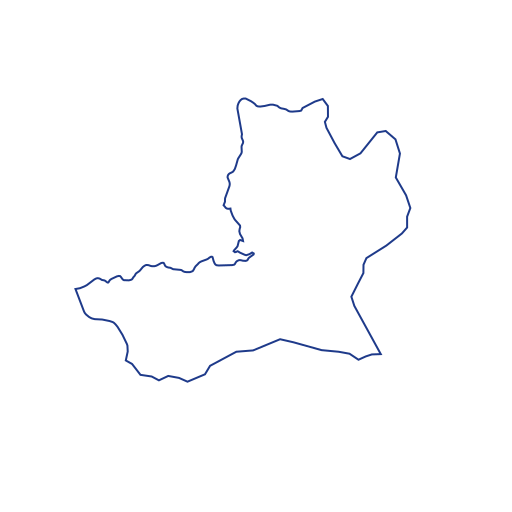 the Prefecture of Kouroussa, rotated 62°
{"feature_id": "GIN-5647", "entity_name": "Kouroussa", "entity_type": "Prefecture", "adm_level": 1, "iso_a3": "GIN", "parent_name": "Guinea", "parent_adm1": "", "projection": "orthographic", "projection_center": [-10.311, 10.531], "detail": "fine", "context": "isolated", "style": "outline", "palette": "blue", "viewbox_px": 512, "rotation_deg": 62, "n_neighbors": 0, "source": "natural_earth", "source_scale": "10m", "svg_char_len": 3386}
<svg xmlns="http://www.w3.org/2000/svg" viewBox="0 0 512 512"><g transform="rotate(62 256 256)"><path d="M287.1,420.0L280.1,414.1L274.8,411.6L273.1,411.3L262.9,410.9L253.6,411.5L250.5,412.1L248.3,412.8L247.6,413.2L247.0,413.6L244.7,415.8L239.9,421.6L236.0,428.1L234.1,430.2L232.9,431.1L231.3,432.1L227.9,433.5L226.0,433.9L224.3,433.9L200.4,430.9L201.8,426.5L202.3,421.7L202.3,419.0L200.8,409.7L200.8,407.8L201.1,406.5L201.6,405.7L202.2,405.0L202.9,404.4L204.8,403.3L206.3,401.4L207.1,400.8L209.2,399.9L210.0,399.2L209.9,398.5L209.5,397.8L209.0,397.0L208.6,396.0L208.4,394.4L208.7,388.3L209.2,386.5L210.0,385.4L211.1,385.1L213.5,384.8L214.5,384.5L215.3,384.0L217.8,379.7L218.2,378.2L218.4,376.9L218.2,376.0L217.2,374.3L216.5,372.4L215.4,370.8L215.0,369.8L214.6,366.3L214.3,365.2L212.6,361.1L212.3,359.1L212.3,357.9L212.4,357.2L212.8,356.4L213.7,355.1L215.3,353.7L216.2,352.6L217.3,350.5L217.7,349.0L217.8,347.3L217.7,343.0L218.1,341.7L218.7,340.8L219.7,340.7L221.7,340.8L222.5,340.7L223.4,340.2L224.1,339.7L224.8,339.0L225.4,338.3L225.9,337.5L226.5,336.9L228.7,335.4L232.8,329.2L233.5,328.4L235.3,327.5L236.4,326.6L237.5,325.1L239.2,322.0L239.5,320.3L239.6,319.0L239.2,318.1L238.2,316.5L237.6,315.8L236.7,314.1L235.8,311.0L235.4,310.1L235.1,308.7L235.1,306.8L235.9,301.1L235.9,299.4L235.6,298.1L235.5,296.3L235.9,295.3L236.6,294.9L240.6,295.8L243.0,296.0L244.2,295.9L245.5,295.3L246.8,293.5L252.9,281.2L253.4,279.3L253.1,278.3L252.6,277.6L252.0,276.6L251.6,275.4L251.6,273.4L252.0,272.2L252.9,271.0L254.0,269.8L255.5,267.4L255.7,266.0L255.4,265.0L254.8,264.2L254.4,263.4L254.2,262.6L253.5,257.4L252.7,256.8L251.1,257.8L251.3,260.9L250.7,264.3L249.5,265.5L245.2,268.8L243.8,269.5L243.1,270.1L243.1,271.5L242.8,272.8L241.2,273.5L240.7,272.7L239.3,268.9L238.6,267.6L234.7,264.1L234.4,262.5L236.7,260.4L234.1,259.6L229.1,259.8L226.3,259.1L224.4,257.7L223.1,256.4L221.6,255.8L214.5,257.5L213.0,257.7L209.3,257.7L204.0,257.0L202.1,256.3L201.5,258.0L200.6,259.3L199.3,260.1L197.5,260.4L196.0,260.8L193.5,257.9L192.5,257.4L190.5,256.2L181.9,246.7L180.8,245.8L179.5,245.1L178.1,244.7L174.0,244.3L173.0,244.1L172.2,243.5L171.5,242.8L170.9,241.6L170.7,240.4L170.8,238.5L170.8,237.0L170.3,235.7L169.2,233.8L166.7,231.1L162.1,226.7L161.5,225.9L159.0,221.5L158.3,220.5L157.4,219.7L152.8,217.5L151.9,216.8L150.1,214.4L149.1,213.7L148.0,213.4L145.3,213.2L144.3,212.9L143.4,212.4L141.9,211.2L117.0,203.2L114.6,201.6L113.0,199.9L111.8,198.1L111.1,196.4L110.8,194.6L111.2,192.9L112.1,191.2L116.9,187.8L119.5,186.4L121.4,185.6L123.6,185.1L124.8,184.1L126.0,182.2L127.6,177.9L129.0,172.6L129.6,171.3L130.4,169.9L133.0,167.1L133.5,166.6L135.4,165.9L136.4,165.3L137.5,164.4L138.9,162.6L140.6,160.7L142.3,159.7L143.2,159.3L144.4,158.1L145.6,156.1L148.5,149.4L148.8,147.8L147.2,145.4L147.3,131.5L148.7,123.4L157.3,122.1L166.9,127.1L169.9,132.2L175.9,133.6L193.2,133.6L208.5,132.9L214.5,127.5L214.4,115.6L203.8,90.9L206.5,82.8L218.5,78.1L233.1,80.8L252.3,95.7L272.9,95.0L286.1,97.2L292.2,104.1L301.8,109.2L304.6,116.6L308.0,136.1L309.7,159.5L314.2,165.2L321.5,169.2L328.2,178.9L336.7,190.9L346.2,192.6L401.2,191.9L397.3,199.9L396.2,206.2L395.7,214.2L386.2,219.3L379.4,227.9L369.9,242.3L349.8,263.4L340.8,273.8L338.0,302.9L331.3,318.3L331.4,348.1L336.5,356.6L334.8,375.5L327.5,381.2L320.7,389.8L320.2,400.1L313.4,404.7L306.7,413.8L293.2,416.1L287.1,420.0Z" fill="none" stroke="#1e3a8a" stroke-width="2"/></g></svg>